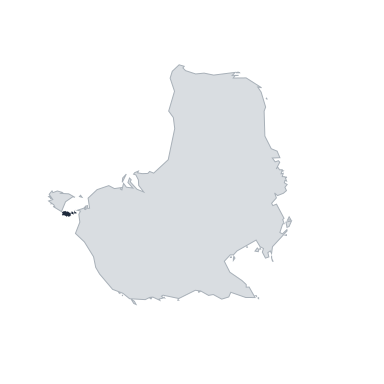 location of Flinders (Tas.), Tasmania, Australia, rotated 125°
{"feature_id": "25037944B15550630319657", "entity_name": "Flinders (Tas.)", "entity_type": "district", "adm_level": 2, "iso_a3": "AUS", "parent_name": "Australia", "parent_adm1": "Tasmania", "projection": "orthographic", "projection_center": [148.029, -39.899], "detail": "fine", "context": "in_parent", "style": "filled", "palette": "slate", "viewbox_px": 384, "rotation_deg": 125, "n_neighbors": 0, "source": "geoboundaries", "source_scale": "gbopen_adm2", "svg_char_len": 6577}
<svg xmlns="http://www.w3.org/2000/svg" viewBox="0 0 384 384"><g transform="rotate(125 192 192)"><path d="M247.6,87.5L251.9,102.7L256.9,101.7L262.7,106.2L263.8,115.8L267.2,119.1L268.1,128.2L270.6,132.9L286.8,141.7L293.1,156.5L294.9,157.3L295.2,154.7L298.6,157.5L299.2,156.2L300.5,163.7L302.5,166.1L307.0,168.6L315.2,181.9L314.6,190.5L317.3,201.2L312.2,220.6L309.0,227.6L301.5,235.5L294.6,251.5L292.8,263.7L281.0,266.6L275.2,271.9L271.6,272.4L272.7,275.4L267.0,271.1L267.8,270.1L267.4,269.0L266.3,269.0L264.5,271.0L263.1,269.8L265.3,268.0L264.0,266.6L256.6,273.6L244.5,271.1L234.5,263.8L233.7,257.5L228.8,252.3L230.7,252.3L230.5,250.6L224.2,253.0L225.7,248.5L222.7,242.7L221.0,249.9L216.4,251.2L216.9,248.8L219.1,248.5L221.3,238.6L219.7,231.5L217.2,239.4L212.8,242.9L210.2,247.8L210.9,250.1L209.0,250.0L205.6,247.9L207.5,247.6L205.6,243.4L202.1,238.8L199.5,238.5L198.5,234.2L179.2,230.0L150.0,242.5L141.7,250.0L139.1,257.5L119.5,264.1L111.3,275.2L104.4,277.4L95.2,275.5L93.5,270.5L95.6,270.6L96.3,266.9L93.2,256.7L87.7,250.3L83.8,241.3L69.3,225.3L73.4,225.9L69.7,220.7L72.1,223.6L75.0,223.6L67.5,213.1L66.7,194.8L68.3,198.4L70.5,192.7L80.2,180.4L84.4,179.3L104.4,164.4L111.1,151.9L109.7,145.7L113.5,139.7L118.1,145.7L119.6,141.2L116.8,139.1L117.3,137.2L124.8,136.2L122.4,136.2L123.6,133.0L122.0,130.9L126.0,129.5L124.3,128.0L127.6,126.9L126.2,124.6L128.8,120.8L129.2,122.5L131.5,121.7L131.3,118.3L134.8,118.6L136.7,115.4L140.6,116.4L145.9,119.9L145.4,123.8L148.4,119.5L155.6,120.3L156.8,118.0L153.5,115.8L160.8,101.5L162.5,101.9L165.1,98.3L166.2,99.4L174.8,96.8L174.4,93.9L168.4,92.7L169.3,91.8L190.7,94.7L196.8,91.5L195.4,94.1L198.1,95.1L201.1,91.8L204.0,93.9L200.9,99.9L197.3,101.0L197.7,105.0L194.6,111.9L214.4,121.3L219.7,122.0L221.5,124.6L230.2,125.8L236.0,115.0L235.9,100.1L236.7,94.5L238.9,93.0L237.1,90.7L242.3,79.8L247.6,87.5ZM263.7,286.7L272.5,290.0L282.9,287.7L283.5,297.5L282.9,295.8L281.8,297.8L281.6,304.3L278.0,301.7L275.8,307.7L271.4,307.3L272.3,305.6L268.4,302.9L266.7,297.9L268.4,298.7L264.2,291.9L263.7,286.7ZM158.6,93.9L164.6,92.7L166.5,93.9L162.8,97.8L158.6,93.9ZM215.0,256.1L224.1,254.7L220.3,256.8L215.0,256.1ZM202.9,103.5L204.3,106.5L200.4,106.4L200.9,104.1L202.9,103.5ZM314.7,180.4L314.6,176.5L316.2,173.3L316.7,175.7L314.7,180.4ZM280.4,280.6L283.3,281.4L283.4,282.8L280.4,280.6ZM158.1,95.0L160.4,97.6L156.6,98.2L158.1,95.0ZM260.3,281.6L258.6,281.4L259.4,279.0L260.3,281.6ZM224.3,118.9L222.5,120.1L220.7,120.8L221.5,118.9L224.3,118.9ZM69.1,224.4L67.4,223.1L66.9,221.5L67.0,221.3L69.1,224.4ZM282.8,284.1L283.9,285.0L281.8,284.3L282.8,284.1ZM301.8,164.3L303.1,164.3L303.1,166.0L301.8,164.3ZM268.6,128.0L270.3,129.0L270.0,129.5L268.6,128.0ZM277.9,305.2L278.1,306.8L277.0,306.3L277.9,305.2ZM316.5,192.2L316.5,194.3L316.4,194.3L316.5,192.2ZM173.9,90.9L172.8,90.2L173.4,89.7L173.9,90.9ZM202.3,86.7L200.8,88.5L202.5,85.5L202.3,86.7ZM316.8,189.6L316.2,190.2L316.6,189.5L316.8,189.6ZM205.9,115.3L205.1,115.7L205.5,114.9L205.9,115.3ZM199.9,103.8L198.8,104.1L199.4,103.0L199.9,103.8ZM72.9,183.4L72.9,184.8L72.5,184.9L72.9,183.4ZM240.5,79.2L240.4,80.3L240.0,79.6L240.5,79.2ZM266.3,269.6L266.6,270.3L266.3,270.1L266.3,269.6ZM200.5,89.0L198.5,90.3L200.5,88.7L200.5,89.0ZM126.1,123.0L125.5,123.9L125.9,122.9L126.1,123.0ZM278.5,304.1L278.0,304.4L278.3,303.8L278.5,304.1ZM223.6,122.9L222.5,123.0L223.0,122.2L223.6,122.9ZM123.0,129.7L122.5,130.3L122.3,129.3L123.0,129.7ZM282.6,300.7L281.9,301.1L282.1,300.3L282.6,300.7ZM241.1,76.3L241.0,77.1L240.4,76.8L241.1,76.3ZM265.9,270.6L266.7,271.3L265.5,271.1L265.9,270.6ZM288.8,141.6L288.0,141.7L288.3,140.8L288.8,141.6ZM294.6,154.5L294.2,154.5L294.5,153.8L294.6,154.5ZM264.0,285.5L263.8,286.1L263.6,285.4L264.0,285.5Z" fill="#d9dde1" stroke="#a8b0b8" stroke-width="1"/><path d="M280.4,280.5L280.6,280.8L280.9,280.8L281.0,280.8L281.1,281.1L281.2,281.3L281.1,281.5L280.9,281.7L281.0,281.7L281.1,281.8L281.2,281.7L281.3,281.8L281.4,282.0L281.5,282.1L281.7,282.3L281.8,282.5L281.9,283.0L282.0,283.3L282.2,283.5L282.2,283.4L282.4,283.5L282.4,283.4L282.5,283.4L282.8,283.1L283.0,283.0L283.3,283.2L283.5,283.0L283.4,282.8L283.3,282.1L283.3,282.3L283.2,282.4L282.9,282.4L283.0,282.2L283.1,282.3L283.2,282.1L283.3,282.0L283.2,281.6L283.3,281.3L283.1,281.3L282.8,281.1L282.7,281.1L282.4,280.8L282.3,280.7L282.4,280.8L281.6,279.8L281.5,279.6L281.6,279.9L281.5,279.7L281.4,279.5L281.1,279.7L281.1,279.8L280.9,279.7L280.9,279.8L281.0,279.9L280.9,279.9L281.0,280.0L280.9,280.0L280.8,280.3L280.7,280.3L280.4,280.4L280.4,280.5ZM281.8,284.5L282.0,284.7L281.9,284.7L282.0,284.8L282.3,284.7L282.5,284.8L282.5,284.7L282.6,284.8L282.8,284.7L282.9,284.8L283.2,284.7L283.3,284.6L283.6,284.9L283.6,285.0L283.8,285.0L283.9,284.9L284.0,284.9L284.1,284.7L284.3,284.7L284.2,284.5L284.2,284.4L284.2,284.2L284.2,284.3L284.0,284.2L283.9,284.2L284.0,284.2L283.9,284.1L283.7,284.0L283.7,283.9L283.5,283.6L283.5,283.8L283.4,283.8L283.2,284.0L283.2,283.9L282.9,283.8L282.8,284.0L282.7,284.0L282.5,283.9L282.2,284.0L281.9,284.1L281.7,284.2L281.6,284.3L281.6,284.6L281.8,284.5ZM282.3,285.2L282.2,285.4L282.4,285.4L282.4,285.5L282.3,285.4L282.4,285.5L282.5,285.6L282.7,285.8L282.8,285.8L282.8,285.7L283.0,285.4L283.0,285.2L282.9,285.1L282.7,285.0L282.4,285.1L282.3,285.2ZM277.9,277.8L278.0,277.9L278.0,277.7L277.9,277.6L277.8,277.8L277.9,277.8ZM280.8,283.6L280.9,283.9L281.0,283.8L281.2,283.7L280.9,283.7L280.8,283.6ZM280.5,281.7L280.4,281.7L280.4,281.9L280.3,282.0L280.2,282.2L280.2,282.3L280.4,282.2L280.5,281.9L280.5,281.7L280.5,281.7ZM283.3,283.4L283.3,283.5L283.2,283.5L283.3,283.6L283.5,283.6L283.4,283.4L283.3,283.4ZM281.1,279.2L281.1,279.4L281.4,279.4L281.3,279.2L281.2,279.3L281.1,279.2L281.1,279.2ZM277.6,277.7L277.6,277.8L277.7,277.7L277.7,277.8L277.8,277.7L277.7,277.5L277.8,277.6L277.7,277.7L277.6,277.7ZM281.5,279.0L281.8,279.0L281.7,278.9L281.6,279.0L281.5,279.0ZM283.4,281.1L283.5,281.2L283.4,281.1ZM283.0,283.3L283.0,283.2L283.0,283.3L283.0,283.3ZM281.2,283.5L281.3,283.5L281.3,283.4L281.2,283.4L281.2,283.5ZM281.8,284.0L281.7,284.1L281.8,284.1L281.8,284.0ZM283.6,285.1L283.6,285.3L283.6,285.1ZM276.0,275.8L276.0,276.0L276.1,275.9L276.0,275.8ZM282.1,285.0L282.0,284.9L282.1,285.0ZM282.4,283.7L282.6,283.7L282.4,283.7ZM283.4,285.1L283.4,285.3L283.4,285.1ZM282.3,283.7L282.2,283.7L282.2,283.8L282.3,283.8L282.3,283.7L282.3,283.7ZM274.1,277.8L274.2,277.7L274.1,277.8ZM280.6,283.6L280.6,283.8L280.6,283.6ZM281.1,282.2L281.1,282.3L281.1,282.2ZM279.9,279.3L280.0,279.2L279.9,279.2L279.9,279.3ZM280.4,280.9L280.5,280.8L280.4,280.8L280.4,280.9ZM280.5,281.0L280.5,280.9L280.4,281.0L280.5,281.0Z" fill="#64748b" stroke="#1e293b" stroke-width="1.5"/></g></svg>